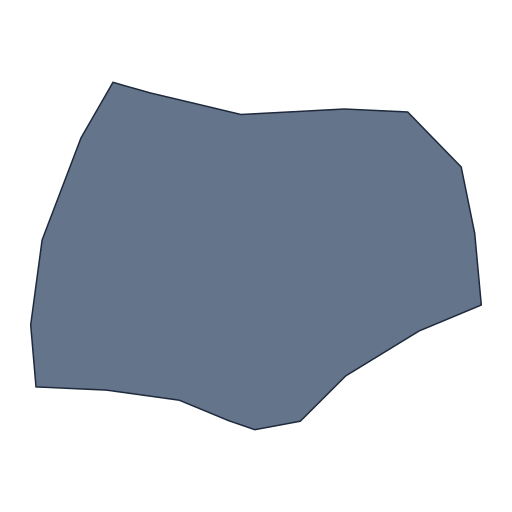 the district of Mwene-Ditu, Kasaï-Oriental, Democratic Republic of the Congo
{"feature_id": "63176286B28359889537852", "entity_name": "Mwene-Ditu", "entity_type": "district", "adm_level": 2, "iso_a3": "COD", "parent_name": "Democratic Republic of the Congo", "parent_adm1": "Kasaï-Oriental", "projection": "orthographic", "projection_center": [23.475, -6.987], "detail": "fine", "context": "isolated", "style": "filled", "palette": "slate", "viewbox_px": 512, "rotation_deg": 0, "n_neighbors": 0, "source": "geoboundaries", "source_scale": "gbopen_adm2", "svg_char_len": 411}
<svg xmlns="http://www.w3.org/2000/svg" viewBox="0 0 512 512"><path d="M113.0,82.3L81.0,137.9L70.5,165.5L42.1,240.0L30.7,324.9L36.0,386.9L106.2,390.1L179.2,400.2L228.7,420.7L254.8,429.7L300.3,421.2L344.7,376.9L346.0,375.7L419.2,330.9L481.3,305.0L474.7,233.3L461.2,167.0L430.8,135.8L407.7,112.0L344.3,109.0L241.0,114.5L150.1,92.9L124.3,85.6L113.0,82.3Z" fill="#64748b" stroke="#1e293b" stroke-width="1.5"/></svg>